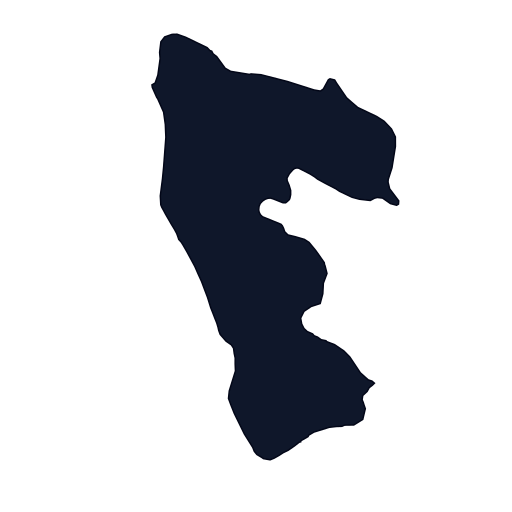 the district of San Pablo, San Marcos, Guatemala, rotated 105°
{"feature_id": "79465075B73669305526668", "entity_name": "San Pablo", "entity_type": "district", "adm_level": 2, "iso_a3": "GTM", "parent_name": "Guatemala", "parent_adm1": "San Marcos", "projection": "natural_earth1", "projection_center": [-91.953, 14.976], "detail": "fine", "context": "isolated", "style": "filled", "palette": "ink", "viewbox_px": 512, "rotation_deg": 105, "n_neighbors": 0, "source": "geoboundaries", "source_scale": "gbopen_adm2", "svg_char_len": 2540}
<svg xmlns="http://www.w3.org/2000/svg" viewBox="0 0 512 512"><g transform="rotate(105 256 256)"><path d="M260.0,334.9L261.9,331.9L263.9,329.7L269.7,323.9L281.9,312.4L288.4,307.2L294.7,302.0L301.0,297.5L308.5,292.1L317.7,286.3L322.4,282.8L326.8,279.6L330.8,276.6L334.7,274.2L337.6,272.7L341.0,270.3L346.0,262.9L348.2,256.8L350.9,253.8L355.8,251.8L359.9,249.7L365.6,248.2L372.4,246.1L393.2,246.9L400.7,245.7L406.2,241.8L413.7,236.2L430.9,221.2L441.7,209.6L445.1,207.1L447.5,203.8L449.2,197.9L449.8,196.4L449.2,189.6L446.6,186.2L442.7,182.2L438.9,178.8L435.4,174.7L429.5,169.7L424.7,166.1L423.9,164.7L422.9,164.9L417.0,159.0L415.4,158.7L411.1,154.5L403.5,142.5L402.5,140.9L399.9,134.3L398.3,129.0L396.4,126.6L393.9,117.8L386.2,110.6L375.2,110.9L371.5,113.4L369.7,114.5L367.4,116.3L363.1,116.8L358.0,113.6L353.9,112.6L350.6,110.1L348.2,108.7L346.8,111.6L346.6,115.5L344.8,119.1L341.8,125.0L329.3,139.2L325.0,146.5L321.3,157.1L320.4,165.6L319.7,166.5L320.0,171.4L318.4,175.6L318.0,179.2L316.6,181.2L315.7,187.0L313.6,190.9L309.8,194.3L304.4,196.8L297.0,195.3L290.5,189.7L285.3,181.7L275.2,181.7L264.8,183.9L254.5,182.9L247.7,186.7L246.5,187.6L244.7,188.4L238.3,196.0L235.1,199.9L229.1,208.3L227.4,213.6L227.2,223.2L227.4,230.6L225.1,234.6L222.2,236.5L220.1,238.3L218.9,240.0L216.4,259.9L215.0,262.4L213.0,264.2L210.9,265.3L207.3,265.9L204.2,265.5L201.2,263.9L198.8,261.8L197.2,259.5L196.3,257.1L196.4,254.1L197.6,243.8L196.9,241.1L195.3,239.9L194.0,239.1L192.9,238.4L191.4,238.2L187.8,238.4L183.7,239.5L179.0,242.4L175.2,245.4L172.7,246.2L168.0,245.1L163.5,242.9L161.5,241.4L160.4,239.4L160.1,237.5L162.7,225.3L164.3,220.0L165.8,216.4L167.8,208.2L170.5,196.0L171.9,192.0L174.4,178.4L174.4,170.8L172.8,160.0L169.5,156.5L168.1,154.0L167.3,148.7L170.6,139.7L170.6,133.3L169.0,131.8L165.8,132.4L156.5,144.3L150.4,147.6L147.7,148.1L135.6,147.5L114.1,149.7L104.9,152.2L98.3,158.0L92.7,167.1L90.0,175.6L86.2,196.2L82.6,203.7L79.7,209.5L68.2,222.9L65.6,225.6L65.7,230.4L67.0,231.7L77.3,234.2L80.0,236.5L80.6,242.8L79.3,270.8L79.6,298.1L81.4,307.9L82.3,309.4L84.2,328.3L82.6,334.4L73.6,345.5L71.8,349.8L69.6,351.8L69.5,353.7L67.4,357.1L62.9,380.7L62.2,389.6L63.6,394.4L68.0,400.9L73.7,403.3L84.3,401.8L90.1,399.7L106.7,397.6L115.0,398.2L117.6,400.8L120.0,399.8L128.4,393.0L129.6,391.6L140.9,382.5L152.5,377.6L158.6,375.7L164.6,373.8L193.7,368.3L205.7,366.3L222.7,364.0L231.2,361.2L233.3,359.6L236.2,356.8L238.8,354.4L247.0,346.2L251.1,341.9L254.7,338.5L256.8,337.0L258.9,335.6L260.0,334.9Z" fill="#0f172a" stroke="#020617" stroke-width="1.5"/></g></svg>